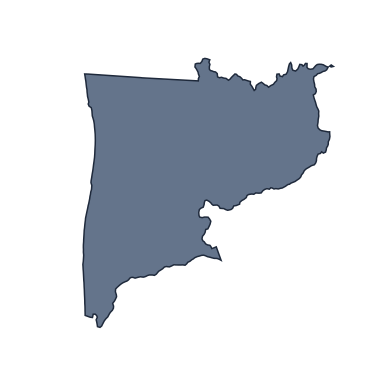 Canavieiras, Bahia, Brazil (Natural Earth projection), rotated 190°
{"feature_id": "56859067B52664621948498", "entity_name": "Canavieiras", "entity_type": "district", "adm_level": 2, "iso_a3": "BRA", "parent_name": "Brazil", "parent_adm1": "Bahia", "projection": "natural_earth1", "projection_center": [-39.146, -15.611], "detail": "fine", "context": "isolated", "style": "filled", "palette": "slate", "viewbox_px": 384, "rotation_deg": 190, "n_neighbors": 0, "source": "geoboundaries", "source_scale": "gbopen_adm2", "svg_char_len": 5078}
<svg xmlns="http://www.w3.org/2000/svg" viewBox="0 0 384 384"><g transform="rotate(190 192 192)"><path d="M318.2,289.6L317.5,287.7L316.7,285.2L315.7,282.4L314.9,279.6L314.1,276.9L313.2,274.5L312.7,272.3L312.0,270.0L311.5,268.1L310.3,265.4L309.2,262.6L309.5,260.6L308.2,258.6L305.9,257.6L304.7,254.8L303.4,249.6L302.2,247.3L301.1,245.0L300.0,241.9L299.3,239.1L298.4,236.0L297.4,232.2L296.8,229.3L296.2,226.2L295.5,221.7L295.2,219.1L294.9,216.6L294.4,213.0L294.0,209.1L293.8,205.2L293.7,202.1L293.5,198.3L293.4,195.7L293.4,192.1L293.3,188.7L293.3,185.5L293.1,183.6L291.8,181.1L291.4,177.1L291.7,174.4L291.6,172.2L291.7,170.1L291.6,167.6L291.7,162.9L291.9,160.5L291.9,158.4L292.0,156.1L292.1,153.5L292.2,150.3L292.3,147.8L292.1,145.7L292.0,143.3L291.8,140.3L291.6,137.9L291.5,135.6L291.2,133.2L290.9,130.7L290.6,128.1L290.4,126.2L290.1,124.2L289.8,121.2L289.4,118.7L288.9,116.4L288.5,113.8L287.7,111.0L287.0,104.8L286.9,101.8L286.3,99.3L285.8,97.1L285.2,94.8L284.7,92.6L284.1,90.0L283.3,86.5L282.6,83.9L282.2,82.0L281.7,79.7L281.1,77.2L280.7,75.3L280.0,72.0L279.4,69.4L278.7,66.2L278.2,63.6L277.6,61.1L277.0,58.1L276.7,56.4L276.3,54.5L275.8,51.9L270.5,51.0L268.2,51.1L268.1,54.5L266.1,54.9L264.5,53.8L263.5,52.3L264.2,49.5L263.2,47.3L262.4,45.1L261.7,43.0L259.1,42.7L257.7,44.3L257.2,46.1L256.0,49.9L254.7,52.4L253.3,54.3L252.3,57.4L251.5,59.3L249.9,61.7L249.2,63.9L249.4,66.0L250.8,68.5L249.3,71.4L248.7,73.4L248.1,75.7L248.6,77.5L250.1,80.4L250.4,83.2L249.3,84.9L247.2,87.6L245.7,89.3L244.3,90.6L242.3,92.0L240.6,93.0L239.2,94.5L238.3,96.3L237.1,97.3L235.4,97.7L233.1,97.3L230.4,98.6L228.0,99.6L226.5,99.6L224.8,99.8L222.9,100.8L221.2,102.1L219.5,102.9L216.7,103.4L214.5,103.4L212.9,104.9L211.1,108.1L209.4,109.6L207.6,111.3L206.1,113.4L204.2,114.2L202.6,114.2L201.1,114.4L199.3,115.6L197.2,117.2L195.0,117.4L192.7,117.8L190.7,118.1L188.6,118.6L186.1,118.7L184.8,120.3L183.9,122.1L182.0,123.4L180.4,125.3L179.0,126.4L178.0,127.7L175.6,129.3L173.8,130.1L171.5,131.3L169.6,131.8L167.9,131.6L165.5,131.0L163.2,130.9L161.3,130.7L158.7,130.5L155.8,130.9L153.6,130.5L151.5,129.8L158.6,142.2L160.7,140.8L162.7,139.7L163.9,141.5L165.1,142.6L167.6,142.6L169.6,143.3L171.2,145.0L172.8,145.8L174.0,147.5L174.0,150.2L172.7,152.5L172.1,154.4L172.0,157.5L170.0,158.4L169.2,161.1L168.6,163.5L168.4,166.5L170.1,168.5L171.8,170.0L174.1,169.7L175.6,169.4L177.5,168.5L180.0,168.6L181.0,170.0L181.8,173.0L181.7,176.0L180.4,177.6L178.3,179.0L177.9,181.8L178.0,183.9L177.7,185.8L176.1,186.6L173.4,185.7L171.6,184.6L170.3,183.4L168.8,182.6L167.1,183.1L164.9,183.5L163.1,182.8L161.5,180.8L159.4,181.0L157.8,181.2L155.7,180.5L153.7,180.2L152.2,180.8L150.6,181.5L149.2,182.9L148.5,185.5L146.0,186.4L144.6,187.3L143.0,188.3L143.1,190.1L141.5,192.2L139.6,193.7L137.6,195.9L137.2,198.1L135.9,199.3L134.3,199.9L132.7,200.4L130.7,200.5L129.1,202.1L125.8,202.5L123.7,203.1L122.5,205.5L120.8,207.2L118.8,208.3L116.3,208.2L115.1,209.9L113.6,209.8L111.8,209.2L110.1,209.9L107.5,210.0L105.5,211.0L103.8,211.6L100.9,213.9L98.9,216.0L97.3,216.6L96.1,217.9L94.5,218.9L92.4,220.2L90.8,221.8L88.6,223.9L87.5,225.8L87.1,227.9L85.9,229.9L85.1,232.6L83.4,234.8L81.3,236.5L78.9,238.7L76.2,240.1L75.2,242.3L74.9,244.4L75.2,246.8L75.0,248.9L74.4,251.2L72.2,252.3L71.3,254.1L69.4,253.1L67.4,254.5L67.1,256.8L67.2,258.9L66.4,260.8L66.1,262.8L66.5,265.1L65.8,267.7L65.8,270.6L66.5,273.2L66.9,275.2L68.4,274.8L70.3,274.9L72.7,274.9L75.1,274.9L77.0,275.5L79.0,277.0L80.0,279.3L80.0,282.5L80.3,285.0L80.3,288.7L80.9,291.1L81.2,293.7L82.4,295.6L83.9,297.5L84.9,299.5L86.0,301.9L87.3,304.2L88.4,306.3L89.4,308.7L87.6,310.3L87.1,312.5L87.7,314.9L89.4,316.9L90.0,319.4L91.1,321.8L92.0,324.4L91.9,326.9L90.0,328.4L88.8,330.3L87.1,331.0L85.6,332.0L84.0,333.4L82.0,334.3L80.6,335.7L79.6,338.6L81.8,339.0L84.8,340.1L86.9,340.2L89.0,339.9L90.8,339.3L92.1,337.9L93.0,336.4L94.2,334.3L96.9,333.4L99.0,333.6L100.4,334.7L100.7,336.6L101.0,338.5L102.6,338.3L103.4,336.5L104.5,335.2L105.9,336.5L108.0,336.4L108.6,333.5L109.2,331.4L111.0,329.1L113.8,329.4L115.1,331.3L115.9,334.4L117.3,336.6L118.3,335.1L118.6,332.4L118.7,329.8L118.8,326.9L119.8,324.3L122.1,323.3L123.0,321.3L125.5,321.5L126.7,323.4L128.8,322.8L128.8,320.1L127.9,318.3L128.0,316.3L129.5,314.3L130.5,312.2L132.9,310.5L134.8,308.5L136.8,309.9L138.8,310.1L140.5,311.1L142.7,312.2L145.1,310.4L147.1,308.2L147.3,306.1L147.2,304.2L148.4,302.8L149.6,304.3L151.3,306.4L153.3,308.3L153.7,311.0L155.5,311.1L157.7,311.4L159.7,311.7L161.4,311.2L162.9,312.6L164.8,313.8L167.0,314.2L168.6,315.6L170.2,315.7L171.8,313.5L173.2,311.5L174.0,309.9L175.5,308.4L178.2,309.8L180.5,309.7L182.9,310.1L184.8,309.3L186.8,309.8L187.7,313.0L189.6,314.3L191.6,314.3L193.2,314.7L194.9,314.8L196.2,315.9L196.7,318.3L196.5,320.8L197.9,322.8L197.4,325.3L200.5,325.8L202.6,325.8L204.5,324.7L204.9,322.3L206.2,320.1L207.8,319.9L209.5,319.5L211.0,318.6L210.8,315.6L209.3,314.2L208.1,312.7L206.8,311.0L206.2,309.3L204.8,307.1L205.4,304.8L205.1,302.5L260.7,295.8L262.5,295.7L314.7,290.1L318.2,289.6ZM78.3,339.8L76.6,339.3L74.6,340.2L77.0,341.3L78.3,339.8Z" fill="#64748b" stroke="#1e293b" stroke-width="1.5"/></g></svg>